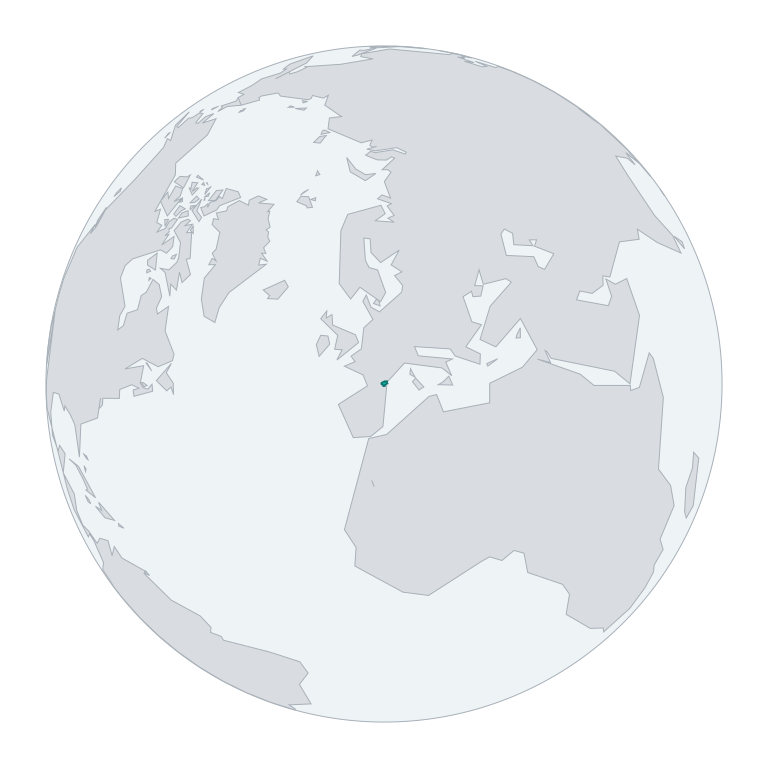 Aude highlighted on a globe, orthographic projection, rotated 332°
{"feature_id": "FRA-5271", "entity_name": "Aude", "entity_type": "Metropolitan department", "adm_level": 1, "iso_a3": "FRA", "parent_name": "France", "parent_adm1": "", "projection": "orthographic", "projection_center": [2.266, 43.047], "detail": "fine", "context": "on_globe", "style": "filled", "palette": "teal", "viewbox_px": 768, "rotation_deg": 332, "n_neighbors": 0, "source": "natural_earth", "source_scale": "10m", "svg_char_len": 11430}
<svg xmlns="http://www.w3.org/2000/svg" viewBox="0 0 768 768"><g transform="rotate(332 384 384)"><circle cx="384" cy="384" r="338" fill="#eef3f6" stroke="#a8b0b8"/><path d="M52.5,449.7L50.2,436.3L49.7,427.4L48.5,415.9L52.6,409.8L54.3,386.1L53.6,378.1L51.2,380.2L51.4,349.6L55.1,328.2L75.2,247.0L81.5,233.6L88.2,221.6L128.2,164.7L95.4,208.4L104.6,194.0L118.2,175.4L118.2,175.8L137.6,153.9L150.5,140.7L177.3,119.2L204.0,107.5L195.2,113.4L202.6,110.6L214.1,103.4L219.8,99.5L260.8,86.2L300.3,71.7L308.0,65.7L310.0,68.8L321.5,57.5L339.9,52.3L322.0,59.3L322.4,61.1L336.3,57.6L339.6,58.8L348.3,58.1L351.1,60.1L340.4,65.0L342.0,66.6L351.8,64.2L360.7,65.3L346.2,68.4L360.3,70.9L345.0,81.2L303.8,91.2L298.0,101.3L262.8,124.0L268.7,124.7L259.2,134.8L262.4,139.6L255.0,143.2L264.1,144.0L270.3,139.9L276.3,139.0L278.8,141.7L269.7,146.5L267.2,145.9L265.8,148.7L260.2,150.1L264.4,150.9L253.0,156.9L267.9,155.2L261.9,163.5L253.4,166.4L249.6,160.6L220.7,155.5L211.0,158.0L201.0,166.7L191.8,193.9L182.9,199.5L174.3,211.2L181.2,210.2L190.4,200.9L201.2,202.7L211.2,191.9L217.1,191.4L229.2,183.2L232.2,190.7L228.6,202.6L218.7,210.1L216.8,215.8L230.2,214.3L215.6,234.4L212.6,259.1L208.2,264.1L192.7,262.7L182.6,247.9L162.4,249.1L180.4,255.0L169.3,268.7L169.5,274.1L173.0,277.6L179.1,275.3L176.3,281.8L157.5,277.5L159.7,271.5L165.7,272.7L160.9,266.2L148.1,264.8L143.5,272.5L129.1,264.6L125.6,270.3L120.6,272.2L127.1,263.4L115.1,279.5L97.5,277.1L80.8,305.5L91.9,274.8L92.6,263.7L92.0,253.5L89.0,257.8L92.2,240.3L88.2,236.1L76.6,252.2L67.4,273.3L64.9,290.1L68.8,285.9L69.7,295.9L59.1,311.8L58.9,335.7L53.2,351.9L51.8,367.3L54.2,375.1L55.9,390.0L60.7,386.8L66.8,392.8L63.3,408.0L69.5,400.9L70.9,414.6L85.2,436.9L83.2,438.6L94.7,475.0L112.8,502.5L117.0,517.7L114.3,522.0L121.8,530.5L122.0,534.9L157.1,566.9L179.2,589.7L181.3,603.6L168.3,609.5L169.4,632.2L149.5,622.7L153.1,629.4L152.4,630.1L134.0,611.4L117.2,591.4L101.9,570.1L88.4,547.7L76.6,524.3L66.7,500.1L58.6,475.2L52.5,449.7ZM75.6,313.4L75.9,349.1L71.0,337.7L72.8,337.8L73.7,326.7L73.8,311.0L70.8,302.2L75.6,313.4ZM86.3,309.0L85.9,304.0L87.0,307.8L86.3,309.0ZM221.8,97.7L213.9,103.2L202.4,109.7L208.5,104.8L221.8,97.7ZM244.3,87.5L241.6,90.0L233.6,91.7L237.6,89.7L244.3,87.5ZM312.8,61.7L305.8,64.0L311.4,61.4L312.8,61.7ZM349.0,57.7L349.9,56.8L354.0,56.9L349.0,57.7ZM226.8,179.8L227.9,181.5L225.0,182.1L226.8,179.8ZM230.9,174.9L226.7,174.4L228.1,172.0L230.6,172.3L230.9,174.9ZM362.1,60.3L368.4,61.1L360.1,61.0L362.1,60.3ZM235.7,176.1L231.0,167.9L233.4,163.8L245.2,161.9L235.7,176.1ZM370.8,62.1L386.3,64.8L389.7,62.7L388.8,70.8L376.0,65.4L365.2,65.4L371.3,63.9L370.8,62.1ZM271.1,137.5L264.6,142.0L267.7,135.9L271.1,137.5ZM271.6,133.9L272.5,117.7L283.3,113.0L280.8,119.0L293.0,111.4L297.9,116.9L292.3,122.4L284.3,124.2L292.3,125.0L271.6,133.9ZM385.9,75.2L388.0,76.8L383.7,76.1L385.9,75.2ZM279.0,138.3L278.2,135.2L287.5,130.7L290.8,136.1L286.7,135.8L279.0,138.3ZM293.8,107.0L301.4,104.9L307.4,108.7L311.1,108.5L299.0,116.7L293.8,107.0ZM285.9,138.1L292.3,139.0L290.2,143.7L280.4,141.0L285.9,138.1ZM288.6,127.4L293.2,125.7L291.7,128.3L288.6,127.4ZM286.2,161.6L285.1,157.5L289.8,154.8L286.2,161.6ZM294.8,139.1L295.5,137.5L297.2,136.1L300.9,137.7L294.8,139.1ZM304.1,119.0L305.0,121.2L309.3,115.8L314.0,118.9L305.0,123.9L310.9,123.0L312.3,124.0L303.4,127.1L304.1,119.0ZM309.8,135.2L300.0,143.3L301.2,151.2L296.9,153.8L295.9,140.7L309.8,135.2ZM306.8,130.1L307.7,133.8L302.0,134.8L297.9,133.0L306.8,130.1ZM320.4,119.2L315.6,113.3L317.7,112.4L320.4,119.2ZM311.3,137.2L313.6,135.2L312.0,137.6L311.3,137.2ZM318.9,124.4L316.9,122.3L319.4,121.4L318.9,124.4ZM320.0,133.3L316.8,135.8L313.9,134.5L320.0,133.3ZM320.4,129.0L324.3,128.3L314.7,132.5L319.1,128.2L320.4,129.0ZM321.6,123.9L322.4,122.6L322.1,124.9L321.6,123.9ZM332.8,137.1L321.5,142.7L315.1,139.7L326.9,134.5L332.8,137.1ZM671.5,206.4L682.3,225.7L685.0,230.7L685.4,232.6L693.1,249.4L696.6,255.8L709.4,293.0L709.6,296.2L715.1,316.8L716.9,325.8L716.9,326.3L713.1,309.4L706.1,293.2L708.6,308.3L704.8,298.9L695.6,291.6L697.1,313.3L702.0,362.2L708.6,388.4L707.7,407.8L691.6,387.2L680.4,366.3L677.2,376.0L658.6,369.0L633.7,395.5L628.0,391.3L623.8,399.7L610.3,401.7L600.6,393.8L593.5,400.1L618.8,420.2L626.2,413.4L629.2,395.4L635.1,404.5L647.8,404.8L641.8,443.4L601.3,499.3L593.6,481.0L543.6,439.8L543.1,432.1L542.7,431.4L541.9,430.2L541.1,443.3L531.2,434.1L561.9,467.5L568.7,483.8L600.8,500.9L598.7,505.6L607.9,506.9L632.8,481.0L633.8,487.8L624.3,527.1L586.4,587.9L589.4,608.2L583.1,627.5L554.9,650.6L552.8,661.1L537.6,670.6L533.6,676.6L518.8,686.4L495.8,697.4L461.6,706.0L463.1,702.4L451.4,696.6L436.7,672.9L449.1,656.7L447.6,644.7L422.4,617.9L428.2,599.1L420.6,592.0L405.3,595.2L396.1,586.2L386.5,586.4L324.1,591.6L303.0,576.7L272.8,531.0L282.6,515.3L280.7,494.0L344.9,425.0L362.6,429.8L417.9,416.1L425.5,418.0L423.4,436.5L468.5,450.2L477.7,433.0L514.1,434.2L535.4,425.6L535.2,390.2L500.2,403.7L489.7,389.8L514.2,365.2L544.2,353.9L541.1,348.2L518.5,342.6L521.5,327.9L510.2,339.7L517.6,343.9L510.7,351.8L503.5,348.6L504.8,343.2L494.8,344.0L490.8,370.3L497.9,377.4L473.7,389.5L483.2,402.7L478.0,411.6L460.0,392.7L458.9,384.1L428.5,365.3L427.5,375.2L456.1,394.0L448.8,393.7L447.7,408.5L442.8,397.1L411.9,375.1L387.6,383.8L363.1,421.0L347.6,424.1L331.7,416.9L334.1,380.6L368.5,377.9L369.8,366.2L357.4,349.7L368.9,350.7L368.0,344.0L380.5,342.3L392.6,324.9L404.5,321.8L404.1,301.1L410.1,297.1L408.6,310.2L413.9,318.2L442.8,311.2L446.8,305.7L444.2,293.2L452.5,293.4L446.2,282.2L460.3,272.9L438.0,275.2L434.3,261.8L439.9,249.3L434.7,245.6L425.6,266.2L425.5,274.2L431.9,280.3L428.4,304.0L419.6,309.7L408.2,287.3L394.4,293.3L391.6,274.3L417.9,228.4L431.6,217.2L465.2,224.8L465.0,234.2L452.9,235.8L468.9,245.9L465.3,239.4L472.1,240.0L470.4,228.3L475.2,228.2L465.3,217.5L471.0,216.1L477.1,222.9L479.3,205.5L489.7,200.2L487.9,196.5L483.0,193.9L499.4,189.6L497.3,187.0L491.2,187.4L483.1,182.8L475.2,173.4L481.3,172.3L485.0,175.6L501.9,181.5L510.7,191.0L512.4,189.7L506.2,181.3L485.6,174.0L479.1,168.6L489.0,170.7L484.9,169.5L483.6,166.6L488.0,163.0L477.1,160.3L454.4,132.4L460.7,123.5L472.0,127.9L462.6,110.0L470.4,103.0L464.7,103.1L456.3,95.7L453.8,97.7L450.4,97.3L427.8,81.2L427.2,77.3L411.0,72.2L408.0,72.5L407.5,74.9L388.8,70.8L389.7,62.7L396.3,62.4L392.3,58.3L408.0,58.4L419.1,57.1L438.5,60.8L445.6,60.1L443.1,58.7L451.0,57.4L475.5,61.0L466.2,64.2L431.6,63.6L446.6,63.9L446.4,66.0L453.7,67.6L464.0,68.1L463.3,66.8L495.9,81.4L527.0,91.8L517.2,84.0L519.5,82.0L546.3,90.9L596.1,123.7L599.6,124.4L605.4,128.9L614.6,137.5L606.5,131.0L608.4,134.2L602.4,129.7L614.5,142.5L606.4,136.7L619.8,150.2L623.8,151.7L616.1,142.0L631.2,157.1L633.9,157.2L643.3,167.4L657.9,186.1L671.5,206.4ZM327.8,463.3L327.2,469.9L327.2,470.0L327.8,463.3ZM579.6,358.2L595.1,348.7L581.6,333.0L586.4,328.3L580.0,325.0L580.5,331.9L564.0,321.9L568.3,311.3L563.0,303.6L557.6,306.5L552.4,327.9L576.0,341.9L575.3,352.7L579.6,358.2ZM85.8,437.4L87.1,443.0L84.4,439.5L85.8,437.4ZM67.9,342.0L69.1,347.2L68.9,352.0L67.5,349.1L67.9,342.0ZM84.1,382.6L86.7,389.3L83.0,384.9L84.1,382.6ZM76.5,354.3L82.0,377.9L74.9,371.2L71.8,356.6L75.4,363.0L76.5,354.3ZM80.8,315.3L81.0,319.4L79.3,321.2L80.8,315.3ZM87.1,311.9L86.6,310.9L87.5,307.2L87.1,311.9ZM170.4,268.9L171.8,269.4L174.2,274.0L170.9,273.9L170.4,268.9ZM198.3,284.3L193.2,294.5L194.5,286.8L188.9,288.0L184.6,274.1L205.9,266.0L197.0,271.9L198.3,284.3ZM184.7,254.3L185.0,263.4L183.8,253.8L184.7,254.3ZM351.0,311.3L357.0,315.3L354.8,323.3L339.7,329.2L342.7,317.5L351.0,311.3ZM366.0,319.3L358.8,296.6L367.8,292.7L364.0,298.6L370.7,298.3L366.3,307.8L381.9,327.1L381.0,335.5L353.7,340.7L363.1,334.1L356.7,330.2L366.0,319.3ZM324.5,252.3L321.5,244.3L345.0,245.8L345.1,253.3L330.1,259.2L321.2,253.9L324.5,252.3ZM257.5,175.1L254.8,173.3L257.3,171.7L261.6,172.1L257.5,175.1ZM285.3,159.9L271.7,182.2L268.0,181.0L264.5,196.5L253.3,199.6L255.9,189.3L244.8,203.7L242.6,195.7L236.1,206.0L243.1,182.8L240.8,176.8L247.7,182.2L258.0,179.4L261.8,176.4L270.7,163.6L270.7,150.1L281.0,145.8L288.2,146.4L289.8,149.0L282.6,150.8L289.9,153.0L280.7,157.7L285.3,159.9ZM367.2,165.9L358.2,165.2L371.2,173.7L362.1,177.1L364.2,177.9L359.3,183.5L357.1,192.0L352.3,192.5L353.5,195.6L350.3,199.7L350.3,204.3L341.7,207.1L341.0,213.1L337.3,211.1L338.5,220.7L333.8,214.9L329.2,220.1L336.2,223.0L289.9,230.5L274.2,239.3L263.5,250.3L257.0,239.7L262.7,223.1L275.1,206.1L291.2,199.5L285.3,196.4L291.3,192.4L293.5,196.6L293.7,188.0L299.2,186.0L310.2,173.0L307.1,162.6L311.1,158.0L315.0,161.1L316.2,154.3L326.3,157.2L329.4,154.1L342.4,154.2L348.3,162.6L351.3,158.5L361.3,158.9L367.2,165.9ZM336.5,137.3L345.5,145.8L345.0,152.0L322.5,149.4L318.3,151.8L303.9,151.1L305.0,142.2L309.0,143.2L313.2,142.1L311.2,145.3L315.9,141.9L321.6,143.3L326.8,141.2L328.3,144.4L336.5,137.3ZM431.6,410.1L437.0,409.9L444.9,407.5L444.2,417.2L431.6,410.1ZM410.2,395.4L414.7,393.6L417.8,405.3L412.1,405.8L410.2,395.4ZM414.6,382.9L414.7,392.6L411.4,387.6L414.6,382.9ZM412.5,308.0L417.1,305.6L418.5,308.3L417.2,313.2L412.5,308.0ZM403.8,194.4L398.7,192.4L399.4,190.5L392.6,182.1L398.8,179.3L405.4,183.3L403.8,194.4ZM530.7,398.4L526.1,407.2L522.2,405.4L524.6,402.7L530.7,398.4ZM484.3,414.2L496.1,415.1L484.0,416.9L484.3,414.2ZM409.4,190.0L405.9,186.7L411.2,187.4L409.4,190.0ZM403.0,176.9L408.8,176.8L398.8,178.0L403.0,176.9ZM627.1,597.2L600.0,636.5L588.0,644.2L589.4,638.1L601.9,617.1L617.0,602.9L625.4,589.6L627.1,597.2ZM720.2,349.9L719.9,348.3L719.2,341.5L720.2,349.9ZM709.5,389.6L714.0,398.4L712.8,405.7L709.5,389.6ZM688.3,237.1L691.4,243.9L689.9,240.8L684.9,230.4L688.3,237.1ZM457.4,166.5L460.0,180.9L465.9,190.5L475.7,194.3L463.0,195.7L453.8,180.8L457.4,166.5ZM454.2,136.5L445.6,134.0L448.4,131.6L450.8,131.8L454.2,136.5ZM449.6,137.5L440.7,141.3L435.3,137.7L443.4,135.3L449.6,137.5ZM425.4,164.6L425.7,168.9L421.4,168.1L425.4,164.6ZM602.2,125.9L602.9,126.5L609.4,132.2L609.2,132.0L593.8,119.1L589.3,115.6L602.2,125.9ZM578.7,107.8L575.9,105.8L564.5,98.3L557.0,94.0L550.0,89.9L553.7,91.8L578.7,107.8ZM554.2,92.5L537.0,84.5L529.2,79.5L531.1,80.1L542.3,85.7L545.8,87.9L554.2,92.5ZM530.6,81.3L533.8,83.7L515.4,81.3L509.5,79.8L519.4,77.8L522.9,80.0L528.8,81.8L530.6,81.3ZM390.8,75.8L388.2,76.7L388.4,75.1L390.8,75.8ZM449.2,98.6L444.6,97.8L445.0,95.6L449.2,98.6ZM432.2,94.6L435.0,97.6L429.5,94.8L432.2,94.6ZM441.8,104.7L434.9,99.0L445.1,103.9L441.8,104.7Z" fill="#d9dde1" stroke="#a8b0b8" stroke-width="1"/><path d="M388.2,383.0L387.9,383.3L387.8,383.5L387.7,383.5L387.6,383.8L387.5,384.1L387.4,384.2L387.4,384.3L387.4,384.5L387.4,384.8L387.4,385.2L386.7,384.9L386.2,384.9L386.2,385.0L385.9,385.3L384.5,385.2L384.3,385.2L384.3,385.3L384.4,385.8L384.2,386.0L383.8,386.2L383.7,386.3L383.6,386.2L383.4,386.0L383.3,385.9L383.2,385.8L382.8,385.9L382.7,385.9L382.5,385.7L382.4,385.5L382.4,385.4L382.3,385.2L382.5,385.2L382.8,385.1L382.8,384.8L382.7,384.8L382.6,384.7L382.8,384.5L382.8,384.4L382.8,384.2L382.7,384.1L382.6,383.9L382.7,383.7L382.4,383.6L382.2,383.5L381.9,383.4L381.7,383.2L381.6,382.9L381.6,382.7L381.7,382.4L381.8,382.3L382.0,382.3L382.0,382.2L382.1,381.9L382.3,381.8L382.4,382.0L382.5,381.9L383.0,381.8L383.2,382.0L383.3,382.0L383.5,381.9L383.7,382.0L383.8,382.0L383.9,381.9L383.9,381.7L384.0,381.7L384.4,381.8L384.8,381.7L385.3,381.8L385.3,382.0L385.2,382.1L385.3,382.2L385.4,382.4L385.5,382.5L385.8,382.4L385.9,382.5L386.0,382.7L386.1,382.8L386.5,382.4L386.5,382.2L386.8,382.4L387.1,382.4L387.2,382.5L387.3,382.6L387.6,382.7L387.6,382.8L387.8,382.8L388.0,382.8L388.2,383.0Z" fill="#14b8a6" stroke="#0f766e" stroke-width="1.5"/></g></svg>